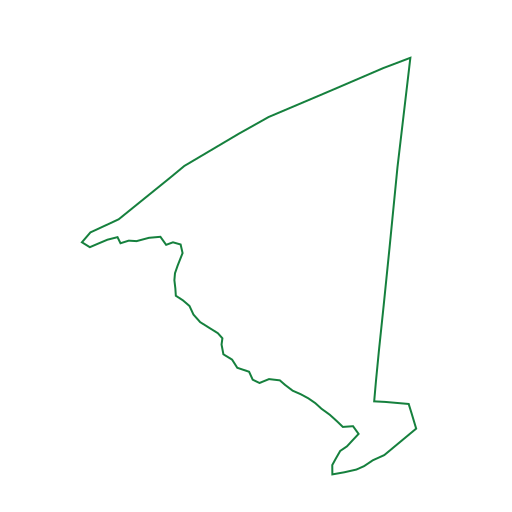 outline of Ichu, Bahia, Brazil, rotated 275°
{"feature_id": "56859067B55648901233948", "entity_name": "Ichu", "entity_type": "district", "adm_level": 2, "iso_a3": "BRA", "parent_name": "Brazil", "parent_adm1": "Bahia", "projection": "robinson", "projection_center": [-39.186, -11.716], "detail": "fine", "context": "isolated", "style": "outline", "palette": "green", "viewbox_px": 512, "rotation_deg": 275, "n_neighbors": 0, "source": "geoboundaries", "source_scale": "gbopen_adm2", "svg_char_len": 1082}
<svg xmlns="http://www.w3.org/2000/svg" viewBox="0 0 512 512"><g transform="rotate(275 256 256)"><path d="M466.9,392.5L454.3,366.4L426.2,314.1L395.6,256.5L376.3,228.2L339.5,176.8L326.4,163.5L280.6,116.0L265.1,89.0L254.5,81.4L250.3,89.7L254.7,97.9L259.3,106.6L262.7,116.4L256.9,119.9L260.2,127.9L260.4,135.7L264.8,147.8L266.8,159.1L259.3,165.5L262.4,172.1L260.9,179.9L252.5,182.6L239.7,178.8L231.8,176.8L224.8,176.8L216.6,178.5L209.4,179.6L205.5,187.0L200.4,194.1L192.2,198.8L185.2,206.2L180.0,216.4L175.8,224.7L171.1,229.7L164.8,229.4L155.2,232.1L150.7,241.2L143.0,247.1L140.1,259.2L132.5,263.5L129.8,270.5L134.5,279.7L134.2,290.6L130.1,296.2L125.0,304.3L122.2,312.6L118.8,320.5L114.6,327.9L109.5,334.6L104.3,343.3L98.4,351.1L93.3,357.4L94.9,367.5L87.7,373.7L81.0,368.4L74.3,363.2L69.2,356.9L61.0,353.1L54.4,350.2L45.1,351.1L48.2,362.7L52.0,374.6L56.1,382.0L62.7,390.2L68.9,401.2L98.0,430.6L112.6,424.8L121.9,421.0L121.9,397.4L121.5,386.4L129.1,386.4L141.9,386.4L172.2,386.7L218.2,387.5L275.1,388.3L357.0,389.2L466.9,392.5Z" fill="none" stroke="#15803d" stroke-width="2"/></g></svg>